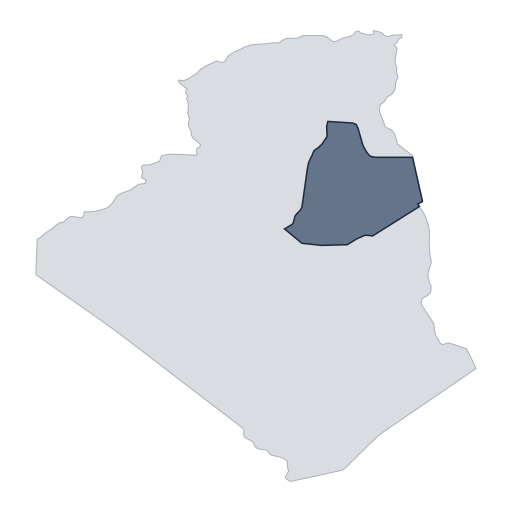 where Ouargla sits in Algeria
{"feature_id": "DZA-2194", "entity_name": "Ouargla", "entity_type": "Province", "adm_level": 1, "iso_a3": "DZA", "parent_name": "Algeria", "parent_adm1": "", "projection": "robinson", "projection_center": [6.675, 30.952], "detail": "fine", "context": "in_parent", "style": "filled", "palette": "slate", "viewbox_px": 512, "rotation_deg": 0, "n_neighbors": 0, "source": "natural_earth", "source_scale": "10m", "svg_char_len": 4412}
<svg xmlns="http://www.w3.org/2000/svg" viewBox="0 0 512 512"><path d="M401.6,34.6L402.0,35.9L402.1,37.1L400.2,38.3L398.9,38.9L397.4,42.1L394.6,44.3L394.1,44.9L394.1,45.5L396.0,46.5L396.7,47.4L397.0,48.7L396.2,53.1L395.0,61.0L395.0,62.7L395.7,64.8L396.5,66.4L396.7,68.2L396.5,72.6L397.4,75.2L398.1,77.6L396.4,80.5L395.7,83.2L395.3,86.9L395.1,89.3L394.0,91.4L392.6,93.5L391.0,94.8L389.0,95.9L386.7,97.3L384.8,101.2L380.8,104.4L380.0,105.5L379.6,108.1L379.7,111.7L380.4,114.6L382.4,118.8L384.1,123.4L384.6,125.7L385.2,126.6L387.6,128.1L391.8,130.2L392.5,131.1L394.6,134.3L396.6,140.0L397.2,143.8L404.6,149.6L411.6,154.7L412.2,155.5L416.1,172.9L417.5,179.1L422.5,201.4L420.5,202.6L418.1,204.2L419.9,207.3L423.2,212.2L425.2,216.2L425.9,217.9L427.5,222.8L428.8,227.6L429.1,229.1L429.6,232.8L429.1,243.0L430.1,255.8L431.4,262.2L429.5,268.0L427.9,273.6L428.0,276.3L428.9,280.7L429.8,283.9L431.1,285.6L430.9,291.0L430.4,292.9L426.7,295.8L422.6,298.4L421.4,300.6L421.1,303.0L421.7,305.0L433.6,323.3L434.0,325.1L434.3,330.3L436.3,336.8L438.4,339.6L439.2,341.8L440.7,343.3L442.2,344.4L443.1,344.5L448.4,342.8L457.5,345.7L466.1,348.7L466.7,349.2L471.7,359.2L476.1,368.5L379.9,434.3L369.3,444.3L344.4,469.0L342.5,470.1L309.6,477.4L292.5,481.0L291.7,481.2L290.7,481.3L290.0,481.2L288.6,480.6L286.8,479.1L285.6,478.4L285.3,477.2L286.0,475.7L286.9,474.3L287.2,473.2L287.8,472.3L288.6,471.7L288.6,470.7L288.0,469.2L287.4,467.0L287.5,463.1L287.5,461.3L285.9,459.8L283.0,458.1L280.2,457.1L279.0,456.8L276.0,456.2L271.8,455.2L270.3,454.5L267.6,450.8L266.3,449.9L260.1,449.3L258.0,448.7L256.3,447.8L254.8,446.6L254.0,444.6L253.8,443.0L253.3,442.2L246.4,438.3L244.6,437.0L243.7,435.7L243.7,433.9L243.9,431.6L243.6,429.6L243.3,428.6L123.0,336.4L116.5,331.7L101.9,321.0L35.9,274.7L37.1,241.4L37.2,239.7L37.7,239.0L39.9,237.8L43.3,235.0L44.6,233.7L46.3,232.5L52.0,228.7L53.2,227.7L58.8,223.3L60.1,222.7L63.1,222.2L64.3,221.4L66.0,219.7L68.5,217.7L70.1,216.8L70.5,216.6L71.5,216.4L76.6,217.0L78.7,217.5L81.2,217.8L82.0,217.6L82.7,217.0L83.7,215.6L84.0,213.9L84.1,212.5L84.2,211.9L84.7,211.6L85.8,211.7L87.2,211.9L90.3,211.8L91.3,211.6L94.7,211.3L99.6,210.4L106.5,208.2L109.9,205.7L112.4,203.0L115.0,199.0L117.1,195.5L121.2,193.4L124.6,192.1L126.5,191.5L130.9,189.7L138.2,184.4L144.2,183.6L145.0,183.1L145.8,182.2L145.9,180.6L145.0,179.4L143.8,178.8L142.9,178.2L142.1,178.1L141.6,177.3L141.9,175.9L142.1,174.5L142.7,173.2L142.6,171.3L141.8,169.5L141.6,168.1L141.7,166.8L142.1,165.7L143.4,165.1L144.8,164.8L146.8,165.1L150.3,164.7L159.3,161.4L159.9,160.5L160.5,158.2L161.2,156.3L162.2,155.6L162.7,155.5L169.8,154.2L171.4,154.1L184.6,154.7L195.9,155.1L197.0,154.7L197.0,153.2L196.3,150.6L196.8,148.9L198.5,147.4L200.6,145.7L199.7,143.6L198.1,142.2L195.9,140.5L194.7,139.8L192.7,137.8L191.5,135.5L190.8,130.6L189.3,127.9L188.3,124.5L189.4,118.3L188.0,114.6L187.8,113.0L187.9,111.1L188.4,107.8L188.2,103.2L186.6,98.4L187.5,96.7L187.9,95.9L187.8,95.2L186.2,93.7L185.5,92.4L185.9,91.2L186.8,89.5L186.8,88.8L184.2,86.7L179.9,83.4L178.8,81.9L178.2,80.1L182.4,80.5L184.6,80.3L189.6,78.1L193.6,75.1L196.7,73.6L199.5,70.3L202.0,68.3L205.6,66.1L215.9,61.3L217.4,61.2L220.7,62.3L223.7,62.0L225.7,60.3L227.9,56.3L231.3,53.8L235.5,51.3L241.3,49.0L245.1,46.8L251.0,44.9L265.8,43.7L273.4,42.7L278.5,42.9L283.8,39.5L286.4,38.4L297.7,38.1L303.0,35.6L323.1,35.6L325.6,36.4L328.0,37.8L332.1,41.0L334.1,41.7L336.8,41.1L343.0,38.0L350.0,36.4L353.8,34.5L355.4,31.9L358.7,30.9L360.5,32.9L367.7,35.0L372.1,34.4L374.1,33.8L373.4,30.7L378.1,31.5L381.7,33.0L385.5,36.0L387.9,36.6L392.4,35.2L401.6,34.6Z" fill="#d9dde1" stroke="#a8b0b8" stroke-width="1"/><path d="M412.6,157.3L412.6,157.6L413.3,160.3L413.9,163.1L414.5,165.8L415.1,168.5L415.7,171.3L416.3,174.0L416.9,176.8L417.6,179.5L418.2,182.2L418.8,185.0L419.4,187.7L420.0,190.5L420.7,193.2L421.3,195.9L421.9,198.7L422.5,201.4L417.6,204.2L418.1,205.0L419.4,206.5L372.5,236.0L368.1,235.3L364.9,235.3L357.1,238.7L347.2,244.7L321.7,245.4L301.9,243.3L284.5,228.9L292.1,224.4L293.2,222.9L295.0,216.2L296.0,214.7L297.6,212.9L300.1,210.5L301.9,207.4L307.4,168.4L308.7,162.5L310.7,158.0L312.4,154.7L313.2,152.3L314.0,150.9L314.3,150.5L314.9,149.9L317.9,148.0L322.0,144.1L327.1,136.4L326.6,126.4L327.3,124.0L327.8,121.4L352.5,123.0L356.3,124.5L358.1,128.5L362.7,144.6L363.6,146.7L366.2,151.4L367.9,153.8L370.0,156.0L372.9,156.9L375.9,157.3L412.6,157.3L412.6,157.3Z" fill="#64748b" stroke="#1e293b" stroke-width="1.5"/></svg>